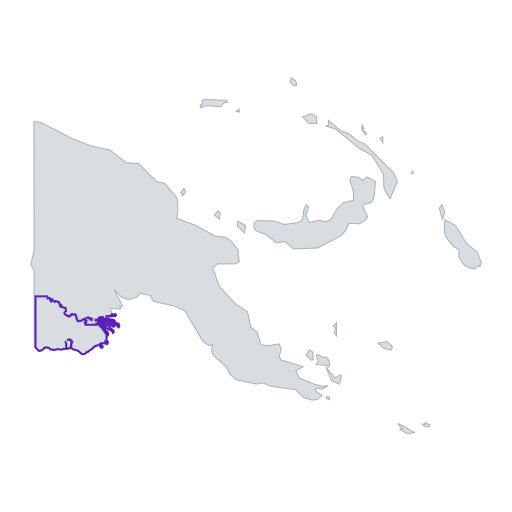 location of South Fly District, Western, Papua New Guinea
{"feature_id": "67681753B32450151371022", "entity_name": "South Fly District", "entity_type": "district", "adm_level": 2, "iso_a3": "PNG", "parent_name": "Papua New Guinea", "parent_adm1": "Western", "projection": "natural_earth1", "projection_center": [142.961, -8.494], "detail": "fine", "context": "in_parent", "style": "outline", "palette": "violet", "viewbox_px": 512, "rotation_deg": 0, "n_neighbors": 0, "source": "geoboundaries", "source_scale": "gbopen_adm2", "svg_char_len": 9544}
<svg xmlns="http://www.w3.org/2000/svg" viewBox="0 0 512 512"><path d="M34.2,346.9L34.1,270.2L30.7,264.5L34.1,250.9L33.9,121.6L40.3,122.2L71.0,138.0L91.7,146.2L109.7,150.0L126.4,162.9L138.7,163.6L156.9,181.8L164.3,183.0L177.2,198.2L178.0,210.4L176.5,218.2L196.2,225.6L215.0,236.1L225.2,237.2L230.9,240.9L237.9,249.8L239.2,261.8L235.1,263.9L217.5,263.9L212.5,267.8L219.5,286.6L235.4,303.9L247.4,311.7L250.9,327.3L257.0,332.2L260.9,344.6L267.1,345.9L279.2,343.9L281.1,349.0L279.3,356.9L281.1,360.0L303.3,366.6L295.8,370.7L299.2,377.9L313.7,384.0L322.7,386.3L328.2,385.6L321.8,389.1L316.1,388.1L315.1,389.2L317.4,392.2L322.1,395.4L317.1,399.5L312.3,400.1L303.3,397.4L295.5,389.6L271.2,386.3L262.8,382.9L256.2,384.0L236.5,379.8L230.1,374.4L225.8,366.1L214.2,356.2L211.5,351.3L212.6,344.8L209.4,345.8L202.7,341.1L185.0,310.8L175.9,306.5L153.4,301.3L150.1,295.4L139.6,293.2L137.2,297.0L128.6,299.7L121.3,296.8L114.1,289.4L122.6,306.2L119.6,306.1L121.0,308.7L119.4,309.1L110.0,308.2L112.8,315.1L97.4,318.9L85.8,317.6L80.3,319.3L78.1,319.1L75.1,313.9L70.9,314.9L74.4,315.0L78.9,320.9L88.5,320.1L97.9,324.6L105.8,334.5L105.4,341.4L84.0,354.1L71.6,348.7L53.5,350.1L47.0,348.0L38.9,350.4L34.2,346.9ZM358.1,177.2L362.5,180.6L367.0,177.0L375.6,181.5L373.9,198.1L371.1,202.7L363.8,204.4L362.9,206.9L367.6,216.6L365.6,220.1L359.3,223.8L348.8,223.4L346.1,230.1L340.3,236.1L317.6,248.0L293.1,248.9L285.1,241.6L276.6,242.9L265.3,234.3L255.8,230.8L253.9,227.4L254.2,223.1L256.8,220.6L273.7,221.0L284.4,224.5L298.6,222.4L302.5,219.8L304.0,209.1L306.3,204.7L308.7,206.7L305.8,215.0L309.1,222.4L319.1,220.2L325.5,221.9L330.5,219.8L337.6,208.2L343.3,202.9L353.6,200.2L353.4,191.7L349.9,180.0L351.3,176.6L358.1,177.2ZM481.3,262.7L480.0,266.5L479.3,265.3L474.1,268.8L468.2,267.6L463.0,263.9L459.0,257.1L458.8,249.5L453.1,246.2L445.7,236.5L444.2,230.1L444.9,219.7L455.7,225.7L466.8,243.9L477.3,252.1L481.3,262.7ZM397.3,181.9L390.1,198.5L385.6,191.7L383.8,186.9L383.5,174.2L371.9,155.2L360.0,148.9L335.7,129.1L326.1,126.0L328.5,125.1L328.5,120.3L340.5,130.6L347.9,133.1L357.8,141.0L364.6,143.8L393.9,173.3L397.3,181.9ZM203.9,99.6L226.8,100.3L227.2,102.5L224.2,102.7L220.3,106.8L206.6,105.6L200.6,107.7L200.2,104.8L202.4,104.0L202.1,101.0L203.9,99.6ZM318.8,354.8L323.0,357.6L326.5,357.2L329.2,360.5L329.6,365.9L328.1,367.1L327.1,365.5L316.0,364.4L318.2,361.3L316.1,355.2L318.8,354.8ZM316.9,123.4L308.8,123.3L302.7,116.9L310.6,113.8L316.7,116.7L316.9,123.4ZM335.1,378.1L340.3,374.7L341.5,375.9L339.5,384.2L331.5,380.6L326.1,367.3L335.1,378.1ZM378.0,343.1L386.8,341.6L391.1,345.2L392.3,346.5L391.5,350.0L384.1,348.5L378.0,343.1ZM397.9,423.3L414.3,432.4L408.2,433.9L403.0,431.5L402.4,429.2L400.3,430.0L401.4,428.4L397.9,423.3ZM244.6,232.9L237.3,226.0L237.7,221.3L245.5,225.4L244.6,232.9ZM313.3,359.9L311.1,360.1L306.3,355.3L309.3,349.9L312.6,351.9L313.3,359.9ZM442.4,219.3L439.3,208.1L442.0,204.8L444.8,211.8L442.4,219.3ZM219.3,219.2L214.2,214.9L217.9,210.9L220.2,213.0L219.3,219.2ZM296.9,85.0L294.0,85.8L290.3,82.2L291.3,78.1L295.7,80.8L296.9,85.0ZM185.8,191.8L182.7,195.8L180.7,192.8L184.0,188.3L185.8,191.8ZM336.5,322.6L336.6,336.0L334.3,333.4L335.5,327.8L333.1,326.3L336.5,322.6ZM107.7,326.1L112.6,331.6L100.7,322.8L107.7,326.1ZM112.0,324.8L105.5,322.6L104.1,320.9L111.9,321.7L112.0,324.8ZM429.9,424.6L429.4,426.5L425.1,426.8L422.3,424.1L425.1,424.7L424.6,422.9L429.9,424.6ZM382.7,136.5L382.9,142.7L379.8,138.4L382.7,136.5ZM366.6,133.2L365.3,134.9L362.3,130.6L362.9,129.7L366.6,133.2ZM329.5,397.0L329.1,399.7L326.2,398.3L326.6,396.6L329.5,397.0ZM364.0,128.5L361.6,129.2L362.0,125.0L364.0,128.5ZM239.1,109.0L239.4,112.1L236.1,111.4L239.1,109.0ZM413.2,171.1L412.8,173.9L411.1,173.0L413.2,171.1Z" fill="#d9dde1" stroke="#a8b0b8" stroke-width="1"/><path d="M85.2,320.1L85.5,319.5L85.3,319.5L86.2,319.1L83.9,319.0L81.4,320.7L78.3,321.3L77.4,320.7L76.7,319.3L76.2,316.6L75.7,315.4L75.8,314.9L75.2,314.3L71.8,314.7L70.6,315.3L69.9,316.3L68.1,316.3L67.6,316.2L67.2,315.5L65.4,314.7L64.3,313.3L64.9,311.9L66.1,311.1L65.5,307.8L63.3,307.6L62.2,306.8L61.0,306.9L61.3,305.0L60.8,304.7L60.1,305.8L59.8,305.7L59.3,302.5L58.8,301.9L58.0,302.2L57.2,301.5L55.0,301.0L55.1,301.7L54.7,301.9L54.0,301.0L51.7,300.5L51.3,301.2L52.1,301.7L51.0,301.6L50.6,300.8L51.8,300.2L52.2,299.3L51.7,299.2L51.3,299.9L50.9,299.8L50.0,299.3L49.7,298.1L47.6,298.5L47.7,297.4L47.2,296.3L35.5,296.3L35.5,347.3L38.8,350.9L40.4,350.9L42.3,349.9L43.6,348.8L44.6,347.6L45.1,347.4L45.3,347.6L46.9,347.4L48.5,347.8L49.5,348.4L50.4,349.5L52.8,349.6L53.6,350.1L58.0,349.0L60.3,349.6L62.2,349.6L63.4,348.7L64.3,348.9L66.1,348.6L66.3,346.0L66.1,345.5L66.2,343.8L65.4,342.0L64.9,342.2L65.4,341.9L66.3,343.7L66.2,345.4L66.4,345.9L66.3,348.5L67.1,348.9L68.4,348.3L69.1,348.4L69.7,348.2L70.9,346.8L71.0,344.5L71.3,342.8L72.1,341.9L71.7,341.6L71.6,341.1L71.1,341.0L70.4,339.8L69.3,339.8L68.8,339.6L67.7,339.9L67.5,339.3L67.8,339.7L68.8,339.4L69.2,339.6L69.8,339.5L70.6,339.7L70.7,340.2L71.2,340.5L71.2,340.9L71.7,340.9L71.8,341.5L72.3,341.9L72.1,342.5L71.6,342.7L71.2,344.6L71.4,346.2L71.1,347.8L73.6,349.6L74.6,349.6L78.3,350.9L81.5,353.9L83.6,354.2L85.8,353.2L86.8,352.3L86.5,351.2L86.9,352.3L87.5,351.7L88.0,351.8L91.1,349.3L92.5,348.6L93.1,347.6L94.9,346.2L97.4,345.3L98.8,345.1L99.6,344.2L101.8,342.7L101.5,343.2L100.2,344.0L101.3,343.9L103.0,343.2L104.5,343.5L105.4,343.0L105.4,342.6L105.6,342.9L106.7,341.9L107.1,341.3L106.9,340.6L106.7,340.7L106.5,334.4L102.0,327.8L97.5,323.6L96.3,323.5L96.3,324.8L85.6,324.8L85.2,324.5L85.3,323.7L85.0,323.2L85.3,322.8L85.2,322.7L85.6,322.6L85.4,322.0L85.7,322.3L85.9,321.8L86.1,321.8L85.8,321.2L86.0,320.9L85.7,320.9L85.8,320.6L85.2,320.1ZM105.9,324.7L102.7,324.0L101.5,322.5L100.8,322.1L100.0,322.6L102.5,325.0L105.1,326.2L106.7,328.4L111.2,330.5L112.3,331.4L112.9,332.9L113.3,332.7L113.8,331.4L113.5,330.4L112.2,329.7L108.6,326.1L105.9,324.7ZM105.8,320.8L104.5,320.1L103.9,321.0L106.3,322.8L107.5,323.0L108.8,322.5L110.1,323.4L110.9,323.1L111.6,321.1L111.0,320.5L105.8,320.8ZM112.2,322.7L111.6,322.2L111.1,323.2L110.4,323.5L109.7,323.3L108.8,322.6L107.6,323.1L110.3,324.8L111.0,325.5L111.7,325.7L112.0,325.5L112.0,325.1L111.4,325.3L111.3,324.9L109.9,324.3L111.6,324.9L112.1,324.8L112.6,323.8L112.2,322.7ZM113.9,319.9L111.5,319.4L110.3,319.8L111.7,320.5L113.2,322.2L113.9,321.8L114.7,321.7L114.5,321.1L114.3,321.2L114.0,321.1L114.5,320.8L113.9,319.9ZM112.9,314.3L113.0,315.2L112.9,316.2L115.3,316.0L116.1,315.1L115.9,314.5L115.4,314.1L114.0,314.6L112.9,314.3ZM103.1,319.4L99.3,319.5L98.5,319.9L100.2,320.5L102.3,320.5L103.2,320.0L103.1,319.4ZM114.7,325.2L113.5,324.4L112.8,324.7L112.5,325.9L112.9,326.6L113.7,326.7L114.7,326.1L114.7,325.2ZM110.6,315.8L110.7,316.4L112.7,316.2L113.0,315.1L112.8,314.3L111.8,314.3L110.6,315.8ZM105.8,318.6L104.1,318.9L103.6,319.2L105.3,319.1L108.1,319.6L109.1,319.5L109.4,319.1L109.1,318.8L105.8,318.6ZM117.0,323.4L116.2,323.1L115.9,324.1L117.0,325.2L117.4,325.2L117.2,325.4L117.5,325.7L118.0,325.3L118.1,324.5L117.8,323.8L117.1,323.3L116.9,323.2L117.0,323.4ZM107.5,343.6L108.0,342.1L107.6,341.6L106.2,342.4L105.7,343.3L106.5,344.0L107.0,343.3L107.5,343.6ZM87.4,317.6L89.0,318.4L89.0,318.1L90.4,319.4L91.5,319.1L90.7,318.1L89.1,318.1L87.9,317.4L87.4,317.6ZM102.6,346.1L101.9,346.0L100.6,346.8L100.5,347.2L101.6,347.8L102.1,347.7L102.7,346.8L102.6,346.1ZM98.5,318.2L103.0,317.4L103.7,317.1L99.9,317.1L98.5,318.2ZM107.2,332.4L107.7,335.0L107.9,335.2L108.2,334.6L108.2,333.1L108.0,332.5L107.2,332.4ZM104.2,328.3L104.4,328.0L104.2,327.2L102.2,326.1L103.5,328.0L104.2,328.3ZM119.1,325.6L119.0,325.1L118.7,325.2L118.2,326.2L118.3,325.3L117.9,325.8L117.9,325.5L117.7,326.1L118.7,326.9L119.3,326.4L119.2,325.3L119.1,325.6ZM100.7,346.4L101.6,345.6L100.7,344.9L100.1,345.3L99.9,345.7L100.1,346.2L100.7,346.4ZM103.2,323.5L103.5,323.3L102.8,322.3L102.1,321.9L101.7,322.0L102.4,323.2L103.2,323.5ZM114.0,323.0L115.0,322.5L114.7,321.9L114.1,321.8L113.4,322.3L114.0,323.0ZM96.6,320.1L98.1,319.8L98.8,319.2L98.1,319.1L96.2,320.0L96.6,320.1ZM106.5,316.5L109.9,316.3L110.3,316.2L110.5,316.1L110.6,315.9L106.6,316.1L106.5,316.5ZM112.9,323.2L112.8,322.4L111.7,321.1L111.6,322.0L112.9,323.2ZM106.5,330.9L105.1,330.5L105.3,331.0L107.3,332.0L106.5,330.9ZM102.0,326.7L99.9,324.3L99.7,324.3L99.7,324.9L102.0,326.7ZM106.4,332.7L106.6,332.3L104.9,331.2L105.9,332.5L106.4,332.7ZM67.7,316.1L68.8,316.0L68.4,315.7L67.4,315.5L67.7,316.1ZM106.3,319.8L105.4,319.8L106.0,320.4L106.5,320.3L106.3,319.8ZM99.6,324.8L99.6,324.2L98.7,323.7L99.0,324.4L99.6,324.8ZM100.0,318.8L101.8,318.7L101.2,318.5L100.0,318.8ZM104.9,329.1L104.7,328.3L104.2,328.4L104.6,329.0L104.9,329.1ZM91.7,320.1L92.5,320.0L91.4,319.8L91.7,320.1ZM107.3,320.3L107.2,319.9L106.5,319.8L106.7,320.3L107.3,320.3ZM91.6,319.2L92.3,319.3L91.2,318.5L91.6,319.2ZM97.8,321.7L98.3,321.3L97.6,321.2L97.8,321.7ZM103.7,320.7L103.8,320.2L103.7,320.0L103.4,320.3L103.7,320.7ZM103.8,322.9L103.6,322.5L103.3,322.4L103.4,322.9L103.8,322.9ZM102.0,325.7L101.9,325.4L101.2,324.9L101.5,325.4L102.0,325.7ZM69.5,316.0L70.1,315.9L70.2,315.6L69.5,316.0ZM103.2,323.8L103.9,323.7L103.1,323.6L103.2,323.8ZM115.6,323.5L115.5,323.2L115.1,323.4L115.6,323.5ZM95.7,320.2L95.7,320.5L96.1,320.4L95.7,320.2ZM105.0,319.6L104.7,319.3L104.5,319.5L105.0,319.6ZM102.5,326.0L103.2,326.3L102.5,325.9L102.5,326.0ZM107.7,320.3L107.7,320.0L107.4,319.9L107.4,320.1L107.7,320.3ZM71.2,314.6L71.6,314.3L71.6,314.2L71.2,314.4L71.2,314.6ZM97.7,322.3L98.1,322.3L97.7,322.3ZM99.9,322.3L100.1,322.1L99.8,322.2L99.9,322.3ZM68.9,316.2L69.1,316.0L68.8,316.1L68.9,316.2ZM86.3,319.2L85.9,319.3L85.7,319.4L86.0,319.4L86.3,319.2Z" fill="none" stroke="#5b21b6" stroke-width="2"/></svg>